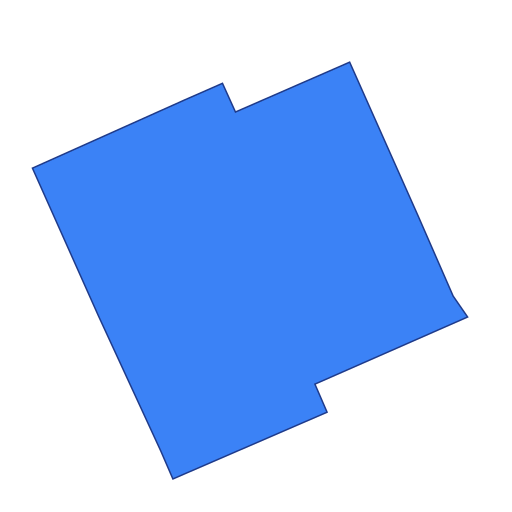 the district of Yalobusha, Mississippi, United States of America, rotated 156°
{"feature_id": "52423323B72301028188801", "entity_name": "Yalobusha", "entity_type": "district", "adm_level": 2, "iso_a3": "USA", "parent_name": "United States of America", "parent_adm1": "Mississippi", "projection": "equal_earth", "projection_center": [-89.727, 34.03], "detail": "fine", "context": "isolated", "style": "filled", "palette": "blue", "viewbox_px": 512, "rotation_deg": 156, "n_neighbors": 0, "source": "geoboundaries", "source_scale": "gbopen_adm2", "svg_char_len": 343}
<svg xmlns="http://www.w3.org/2000/svg" viewBox="0 0 512 512"><g transform="rotate(156 256 256)"><path d="M87.5,114.2L92.2,139.2L91.6,226.6L91.6,395.0L216.2,395.9L216.4,427.4L257.5,427.6L424.5,427.2L424.3,265.7L422.3,116.5L422.6,86.1L408.7,86.0L254.6,84.4L254.3,115.0L87.5,114.2Z" fill="#3b82f6" stroke="#1e3a8a" stroke-width="1.5"/></g></svg>